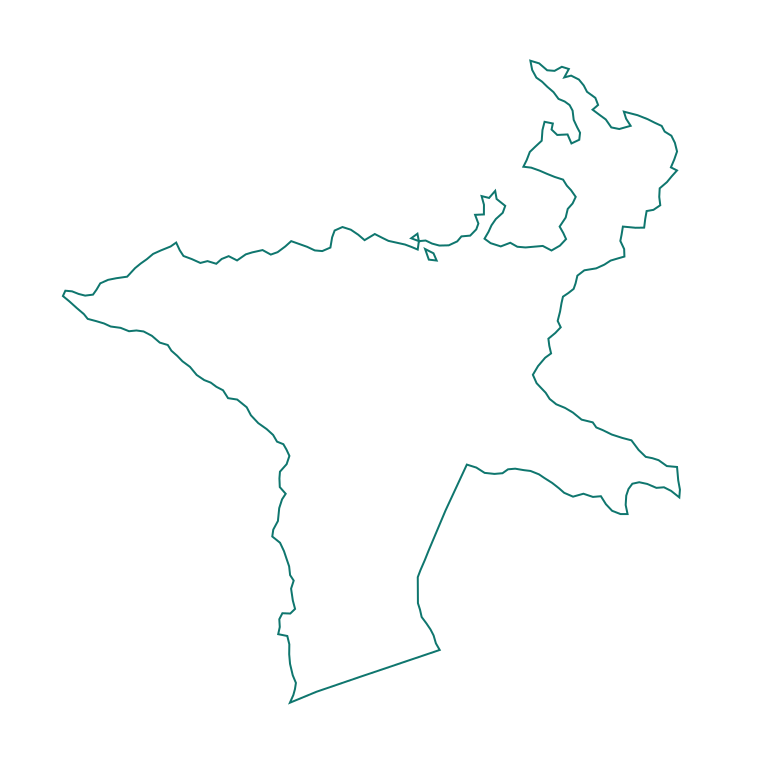 the district of Ituporanga, Santa Catarina, Brazil, rotated 265°
{"feature_id": "56859067B65605113855989", "entity_name": "Ituporanga", "entity_type": "district", "adm_level": 2, "iso_a3": "BRA", "parent_name": "Brazil", "parent_adm1": "Santa Catarina", "projection": "mercator", "projection_center": [-49.512, -27.444], "detail": "fine", "context": "isolated", "style": "outline", "palette": "teal", "viewbox_px": 768, "rotation_deg": 265, "n_neighbors": 0, "source": "geoboundaries", "source_scale": "gbopen_adm2", "svg_char_len": 4208}
<svg xmlns="http://www.w3.org/2000/svg" viewBox="0 0 768 768"><g transform="rotate(265 384 384)"><path d="M74.7,262.5L83.3,289.9L94.3,334.4L106.2,383.4L114.2,416.3L121.1,413.1L129.2,411.5L135.5,408.9L141.8,405.4L148.6,401.2L156.0,400.2L162.7,398.7L188.6,400.8L195.4,404.1L205.0,409.3L214.1,413.9L252.7,434.3L296.5,459.5L292.7,468.7L286.7,476.5L284.8,486.2L284.8,494.3L288.2,500.1L288.2,507.3L286.0,515.8L284.6,522.4L280.5,530.5L276.2,535.8L270.8,542.9L264.9,549.2L259.9,554.0L255.3,562.5L257.3,573.1L253.3,582.3L253.3,590.3L244.9,594.6L237.8,600.2L233.8,608.3L233.2,615.3L242.4,614.2L251.7,615.6L258.1,618.4L263.0,622.7L263.9,629.7L261.5,637.5L256.8,646.3L256.7,653.9L252.5,660.7L245.3,668.3L253.0,669.6L262.4,668.7L275.8,668.7L277.6,658.6L284.2,650.9L286.7,644.9L288.6,638.4L296.1,631.9L306.3,625.6L309.5,616.7L313.8,606.5L319.1,597.7L322.2,591.7L327.6,588.6L331.3,577.7L339.1,569.7L344.5,562.1L348.8,553.8L354.7,547.7L361.2,544.3L366.2,540.3L371.5,536.1L380.2,533.1L388.4,539.0L396.1,546.8L399.9,553.1L407.6,552.0L414.8,551.7L419.9,559.1L425.1,565.0L431.7,562.5L440.8,565.7L449.2,567.9L455.4,569.9L458.5,575.5L462.2,581.2L467.5,583.6L475.1,586.1L479.8,593.5L480.7,605.4L483.7,613.9L487.2,620.5L488.8,628.3L490.0,634.6L497.5,635.0L505.9,631.9L512.1,633.7L520.0,635.7L517.7,648.3L517.1,656.8L525.6,658.6L533.4,660.7L534.0,667.6L538.0,674.8L546.4,674.5L554.9,675.7L560.5,683.5L565.8,688.7L571.2,694.5L574.8,688.7L582.3,692.7L590.1,696.2L598.9,694.8L606.3,691.9L611.0,685.6L616.9,683.1L620.6,676.6L624.8,669.8L629.7,660.0L634.4,646.7L627.2,648.3L619.7,652.2L617.5,640.6L619.8,632.8L628.2,628.0L633.1,622.4L639.1,615.7L643.3,621.6L650.6,619.5L657.4,611.7L664.0,609.0L670.3,604.7L674.9,597.3L673.7,590.3L681.7,595.6L684.5,588.8L681.1,581.2L682.3,573.9L689.9,566.5L693.3,558.0L683.9,559.0L675.9,562.5L671.5,567.7L665.6,572.8L660.0,578.3L652.8,582.7L649.7,588.6L645.7,593.2L639.9,595.7L630.6,596.0L622.9,598.8L617.2,601.2L610.3,599.8L607.3,591.7L616.6,588.6L617.0,578.3L622.9,573.1L628.8,574.9L631.2,566.8L623.2,564.0L612.6,562.3L607.0,555.1L602.5,549.5L594.7,545.7L588.3,541.8L586.7,549.5L583.0,557.6L579.2,564.6L575.4,572.1L572.0,580.2L565.7,583.4L560.8,587.2L553.7,591.3L547.4,587.6L542.4,582.3L534.0,579.5L525.5,572.7L518.7,575.8L512.5,578.0L506.5,571.3L502.4,562.5L507.7,554.2L507.7,545.3L507.7,536.9L509.1,528.8L513.7,522.1L510.9,512.3L515.0,502.5L520.0,496.8L526.5,501.4L532.7,504.9L538.6,509.8L544.2,517.2L550.9,520.3L558.5,512.3L566.7,511.6L560.2,504.9L562.7,497.6L553.9,499.2L544.2,498.3L544.6,489.5L535.6,492.0L530.0,489.4L524.3,482.8L524.3,474.0L519.7,469.4L516.5,460.6L517.1,451.2L519.7,444.1L523.3,438.0L523.3,431.2L515.0,429.3L518.1,423.4L521.1,417.1L524.0,407.9L526.2,400.9L529.4,395.6L534.2,387.9L529.0,377.2L535.0,371.3L540.6,364.4L544.0,356.3L541.2,348.2L534.6,345.1L524.6,342.5L521.8,334.1L523.1,326.7L527.4,319.3L531.2,311.0L534.4,304.0L529.6,297.6L524.6,289.5L522.8,282.5L528.0,274.7L526.6,264.2L525.2,257.6L519.9,248.4L524.9,240.4L522.7,233.2L518.4,227.4L521.8,218.9L520.6,211.6L525.2,203.4L529.0,195.4L535.0,192.2L543.0,189.3L539.6,183.4L536.5,173.3L533.7,165.3L529.0,158.6L525.2,152.1L521.2,146.2L513.3,137.5L512.7,126.5L511.8,118.2L509.0,110.1L503.1,105.9L498.4,101.9L498.1,94.0L500.3,87.7L503.5,81.3L504.7,74.7L499.6,71.8L493.8,77.7L486.6,84.4L479.8,91.1L474.7,94.5L471.7,102.8L468.7,110.4L465.1,116.7L462.9,126.5L458.8,134.6L458.9,142.0L457.3,149.1L452.2,157.0L444.8,164.2L441.7,172.0L435.7,175.1L429.9,180.6L424.2,185.2L418.0,192.2L409.3,198.2L403.6,205.2L400.5,211.5L395.8,216.8L391.8,223.1L383.5,227.4L381.3,236.4L372.8,245.2L364.4,248.7L355.9,255.4L349.3,263.2L342.9,269.1L335.9,272.4L332.8,278.5L327.2,281.1L320.6,283.5L312.6,280.0L305.7,272.7L299.1,271.6L290.4,271.2L283.2,276.5L278.0,272.4L269.5,268.8L256.8,266.4L248.6,261.0L241.8,259.4L234.9,266.6L226.2,269.8L218.7,271.6L210.6,273.6L201.8,273.8L196.0,276.9L188.2,273.6L176.3,274.3L167.7,275.8L163.5,270.6L164.5,262.8L158.8,259.2L151.0,259.0L144.0,256.8L141.4,265.7L132.9,267.0L123.0,266.0L113.4,266.0L101.8,267.7L93.9,270.2L87.8,268.7L82.1,266.6L74.7,262.5ZM509.9,444.7L502.4,447.2L504.0,439.5L514.9,436.7L509.9,444.7ZM523.3,431.2L530.8,430.4L526.8,423.8L523.3,431.2Z" fill="none" stroke="#0f766e" stroke-width="2"/></g></svg>